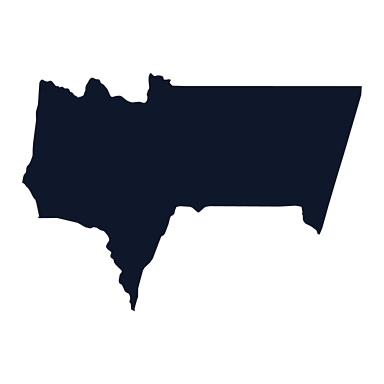 an SVG outline of Tarija
{"feature_id": "BOL-1941", "entity_name": "Tarija", "entity_type": "Department", "adm_level": 1, "iso_a3": "BOL", "parent_name": "Bolivia", "parent_adm1": "", "projection": "mercator", "projection_center": [-64.397, -21.882], "detail": "fine", "context": "isolated", "style": "filled", "palette": "ink", "viewbox_px": 384, "rotation_deg": 0, "n_neighbors": 0, "source": "natural_earth", "source_scale": "10m", "svg_char_len": 3707}
<svg xmlns="http://www.w3.org/2000/svg" viewBox="0 0 384 384"><path d="M319.1,233.7L318.2,233.3L317.9,232.5L317.7,231.4L317.2,230.3L315.9,228.9L311.2,225.5L306.0,223.0L304.4,221.3L303.6,219.2L303.6,215.4L302.8,214.0L303.1,213.0L303.1,211.8L302.4,207.3L302.1,206.2L300.5,205.8L295.7,204.9L279.4,205.8L244.5,205.6L209.8,205.4L205.5,206.1L203.8,207.1L198.6,211.7L197.4,211.1L192.8,207.1L190.6,206.1L180.3,205.4L177.3,205.9L175.7,206.6L175.3,207.0L175.3,207.7L174.2,210.4L173.8,212.7L173.4,213.6L172.6,214.5L171.7,214.9L171.0,215.2L170.4,215.6L169.4,217.5L167.7,224.2L164.3,233.0L163.4,234.4L161.2,235.6L160.4,236.5L152.2,258.1L149.5,262.0L143.8,267.4L142.2,270.3L137.4,288.3L137.3,296.9L136.4,299.2L133.8,308.5L134.0,310.0L131.9,309.0L131.5,303.4L130.1,301.7L131.0,298.8L130.6,295.6L129.1,292.9L126.7,291.8L125.5,290.8L122.6,284.5L121.5,283.6L120.5,283.2L119.8,282.5L119.5,280.7L119.6,279.4L120.1,277.0L120.2,275.8L120.7,274.5L121.6,273.5L122.4,272.3L122.6,270.5L116.4,264.4L114.8,262.2L114.2,259.4L113.8,258.7L111.8,257.4L111.2,256.5L111.2,255.3L112.1,253.0L111.9,251.7L110.4,250.4L108.1,248.7L106.7,246.7L107.8,243.9L109.2,242.1L110.0,240.5L109.9,238.6L108.9,236.1L108.0,234.7L105.0,231.1L104.0,230.3L101.8,229.8L99.3,228.6L97.2,227.0L94.8,226.6L93.9,226.3L93.1,226.5L91.0,227.4L90.0,227.6L85.6,226.5L77.9,222.1L57.1,217.2L38.3,217.4L40.2,217.4L40.1,217.1L37.1,202.9L36.0,199.3L35.6,198.9L34.7,198.1L33.4,196.1L30.6,190.6L28.8,187.9L28.0,187.0L26.8,186.0L26.2,185.1L25.6,184.2L25.1,183.6L24.6,183.1L24.1,182.8L23.0,182.2L24.0,176.8L24.7,174.9L25.8,173.8L26.5,173.0L26.8,171.9L27.1,168.5L27.4,167.4L27.7,166.6L28.2,166.2L29.7,164.5L31.1,161.9L33.0,156.8L33.3,155.3L33.4,154.2L33.4,150.4L33.8,143.6L36.9,119.7L36.7,117.3L36.7,112.5L36.8,111.4L38.7,104.7L40.1,83.1L40.4,82.4L40.7,81.7L41.4,80.8L42.0,80.4L42.7,80.5L43.2,80.8L44.1,81.5L44.7,81.7L46.6,82.3L47.2,82.4L47.9,82.3L49.4,81.7L50.1,81.5L50.7,81.6L51.2,81.8L52.1,82.6L55.5,86.8L55.9,87.0L56.4,87.0L57.1,86.8L57.9,86.8L58.0,86.9L58.7,87.7L59.0,88.1L59.5,88.1L60.1,88.1L61.0,87.6L61.7,87.5L62.4,87.6L62.8,87.9L63.7,88.7L64.2,89.0L64.7,89.2L65.4,89.3L66.7,89.1L67.4,89.2L68.0,89.4L68.4,89.8L68.8,90.3L69.0,90.9L69.1,91.5L69.3,92.1L69.8,92.5L71.1,92.9L71.6,93.2L72.1,93.5L72.5,93.9L72.8,94.4L73.1,94.8L73.4,95.3L73.8,95.7L74.3,96.0L76.0,96.8L76.4,97.2L76.8,97.6L77.2,98.0L77.7,98.3L78.2,98.4L79.5,97.8L81.6,97.2L83.4,96.3L84.2,95.6L84.7,94.8L84.9,93.4L85.1,92.8L86.0,91.1L86.1,90.5L86.2,89.8L86.1,88.4L86.3,86.9L87.0,85.2L88.6,82.7L89.5,80.9L90.6,79.3L91.4,78.7L92.2,78.4L92.9,78.6L93.4,78.8L94.9,79.6L95.5,79.8L96.1,80.0L97.5,80.0L98.1,80.0L98.7,80.2L99.1,80.6L99.4,81.2L100.0,82.9L100.3,83.4L100.7,83.8L102.8,85.0L103.2,85.4L104.0,86.2L104.4,86.8L106.6,89.3L106.9,89.8L109.6,95.9L109.9,96.4L110.2,96.9L110.7,97.2L111.2,97.5L112.0,97.7L113.0,97.6L116.4,96.7L118.5,96.5L119.2,96.5L120.6,96.7L121.2,97.0L122.2,97.7L126.2,101.0L130.2,102.8L132.3,103.2L138.9,102.5L140.3,102.7L143.3,103.6L144.2,103.7L145.0,103.6L145.5,103.2L146.1,102.8L146.7,102.2L147.1,101.7L147.5,101.1L147.7,100.6L147.9,99.9L148.0,99.2L148.2,96.9L148.1,96.2L147.5,94.4L147.6,93.8L148.1,92.8L148.3,92.3L148.3,91.7L148.5,90.9L149.3,89.9L149.7,89.2L149.9,88.4L150.0,87.8L149.3,80.8L149.4,77.8L149.5,76.7L149.7,76.1L150.5,74.0L151.3,74.4L152.6,75.9L154.1,77.0L155.5,76.8L157.1,76.2L159.5,76.2L161.7,76.7L162.6,77.5L163.0,79.7L164.0,80.4L167.2,80.4L167.8,80.2L169.1,80.0L169.9,80.3L169.1,81.7L168.8,82.8L169.6,84.0L171.8,86.1L171.8,86.5L174.1,86.5L184.4,86.8L360.9,86.9L361.0,86.9L361.0,87.0L360.5,94.8L357.0,106.9L353.4,119.2L349.5,132.5L345.5,146.3L341.7,158.9L336.5,176.1L332.5,189.6L327.7,205.8L324.8,216.4L321.6,227.7L319.1,233.7Z" fill="#0f172a" stroke="#020617" stroke-width="1.5"/></svg>